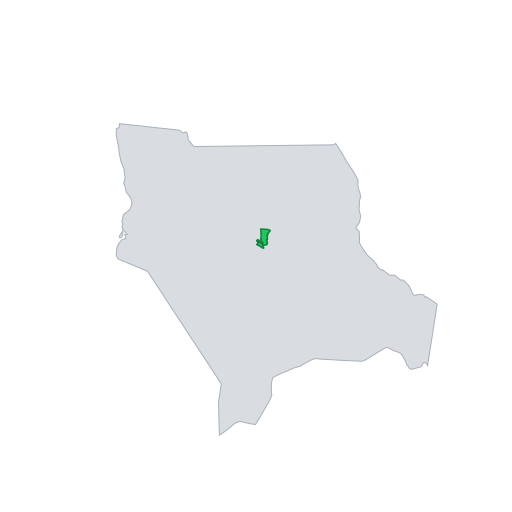 Buuri, Eastern, Kenya (highlighted), rotated 147°
{"feature_id": "3690345B42438423970575", "entity_name": "Buuri", "entity_type": "district", "adm_level": 2, "iso_a3": "KEN", "parent_name": "Kenya", "parent_adm1": "Eastern", "projection": "robinson", "projection_center": [37.421, 0.09], "detail": "fine", "context": "in_parent", "style": "filled", "palette": "green", "viewbox_px": 512, "rotation_deg": 147, "n_neighbors": 0, "source": "geoboundaries", "source_scale": "gbopen_adm2", "svg_char_len": 5543}
<svg xmlns="http://www.w3.org/2000/svg" viewBox="0 0 512 512"><g transform="rotate(147 256 256)"><path d="M127.9,307.0L127.8,300.8L128.5,285.0L128.4,271.2L129.1,264.2L132.1,259.8L133.5,256.6L134.5,252.2L136.1,248.5L139.7,245.6L140.4,243.9L144.2,239.0L146.5,232.6L148.2,230.5L150.3,228.5L151.8,227.4L154.3,226.4L156.3,225.8L156.6,225.3L156.8,224.2L156.2,220.3L157.0,219.0L158.3,216.4L159.9,213.9L161.2,212.4L162.0,210.7L162.4,208.0L162.4,206.0L162.4,202.8L162.0,195.5L160.4,189.4L159.4,182.6L160.1,180.3L158.8,176.3L158.2,176.1L157.2,175.2L155.9,171.4L154.9,168.0L154.3,167.1L150.0,164.1L147.8,157.0L145.4,155.4L144.1,148.4L143.9,146.4L145.2,139.3L145.1,137.7L143.7,136.2L139.6,134.7L136.4,131.8L136.8,130.8L137.0,129.7L135.3,129.0L130.3,117.0L136.8,109.7L143.3,102.4L151.6,93.1L159.3,84.6L165.9,77.2L171.8,70.7L171.7,71.9L171.7,73.6L172.5,74.6L173.7,75.3L175.3,74.6L176.8,73.5L178.3,73.3L187.1,76.1L188.6,78.4L188.5,81.0L188.9,82.9L188.2,84.7L187.5,90.4L187.7,95.6L190.3,99.4L192.7,102.4L194.6,106.6L196.0,107.9L197.9,108.6L204.0,108.8L213.1,109.1L221.7,109.3L222.5,109.4L224.4,110.0L232.4,115.7L239.7,120.9L245.9,125.5L251.9,129.9L257.8,134.2L262.3,137.8L266.8,138.8L274.0,139.4L279.0,139.5L283.7,141.0L290.6,142.4L295.8,143.1L298.9,143.9L307.5,144.8L308.9,144.3L312.8,140.3L317.0,133.9L318.7,130.4L324.2,126.9L333.9,122.0L340.7,118.5L348.3,115.0L351.8,118.1L356.5,122.9L358.7,125.3L360.4,126.3L363.0,127.0L366.1,127.1L367.8,126.9L371.3,126.3L379.5,125.7L384.2,125.8L380.3,132.2L375.6,139.9L366.9,154.0L360.2,161.5L355.2,167.1L354.8,168.1L354.8,174.4L354.8,189.7L355.0,220.4L355.1,251.1L355.2,281.7L355.3,297.1L355.3,302.2L359.7,308.7L364.0,315.0L369.7,323.3L372.7,327.8L373.2,329.3L373.1,332.3L368.4,338.5L364.5,341.3L359.4,342.7L357.8,342.4L355.8,341.5L355.0,343.0L354.4,345.4L353.2,344.9L352.4,344.2L352.9,348.3L353.4,350.4L352.6,353.2L350.1,355.6L349.9,357.6L344.5,363.0L336.8,363.6L332.7,366.2L330.9,368.4L329.5,373.2L330.0,380.4L327.9,386.0L327.5,388.9L323.5,392.5L321.7,395.8L320.4,399.2L319.3,400.7L317.9,408.3L316.1,413.0L315.6,414.5L315.1,415.9L313.7,418.6L312.8,420.5L312.1,421.7L307.4,433.5L303.7,438.9L300.9,438.3L298.9,440.4L298.7,441.3L297.7,440.8L295.3,438.8L290.4,434.8L285.5,430.8L280.5,426.8L275.6,422.7L270.7,418.7L265.8,414.7L260.8,410.7L255.9,406.6L253.0,404.3L251.7,402.9L250.7,400.1L250.2,399.4L248.9,398.5L247.4,398.4L246.9,397.8L247.0,396.5L247.5,394.6L249.3,390.9L249.5,388.7L249.1,386.2L248.6,382.3L248.1,381.4L244.8,379.3L238.0,375.0L231.1,370.7L224.3,366.3L217.4,362.0L210.6,357.7L203.7,353.3L196.9,349.0L190.0,344.7L183.2,340.3L176.3,336.0L169.5,331.7L162.6,327.4L155.8,323.0L148.9,318.7L142.1,314.4L135.2,310.0L132.6,308.4L130.3,307.0L127.9,307.0ZM355.7,349.1L354.5,349.4L355.2,347.3L358.7,344.7L360.1,345.3L360.4,345.9L360.3,346.4L359.7,347.0L355.7,349.1Z" fill="#d9dde1" stroke="#a8b0b8" stroke-width="1"/><path d="M245.8,258.6L245.6,258.6L245.2,258.6L245.2,258.8L245.0,259.0L245.0,259.3L245.0,259.5L245.1,259.8L245.0,260.0L244.9,260.1L245.0,260.2L245.0,260.3L244.9,260.5L244.7,260.8L244.6,261.0L243.4,260.6L242.4,260.2L241.6,259.9L241.2,259.7L240.3,259.8L240.3,260.0L240.2,260.2L239.6,260.7L239.4,260.7L239.4,260.8L239.1,261.0L239.0,261.3L239.1,261.5L239.2,261.4L239.2,261.5L239.1,261.8L238.9,261.9L238.9,262.0L238.8,262.3L238.8,262.5L238.7,262.7L238.7,262.8L238.6,263.0L238.6,263.3L238.5,263.5L238.4,263.5L238.2,263.5L238.3,263.6L238.4,263.8L238.2,263.9L238.1,264.0L237.9,263.9L237.7,263.9L237.5,264.0L237.4,264.0L237.2,264.2L237.2,264.3L236.9,264.5L236.7,264.7L236.6,264.8L236.5,265.0L236.4,265.4L236.4,265.5L236.4,265.8L235.8,266.5L235.5,267.0L235.4,266.8L235.4,266.7L235.1,266.7L234.9,266.8L234.9,267.6L234.7,267.7L234.6,267.8L234.4,267.9L234.2,268.0L233.9,268.1L233.9,268.3L233.8,268.2L233.7,268.3L233.4,268.5L232.9,268.5L232.3,268.7L232.2,268.8L232.0,269.0L231.9,269.0L231.6,269.1L231.4,269.1L231.1,269.2L230.9,269.2L230.5,269.5L230.4,269.5L230.2,269.7L230.2,269.8L230.3,269.8L230.4,270.0L230.5,270.0L230.7,270.3L230.8,270.4L230.8,270.5L230.9,270.8L231.0,270.9L231.0,271.0L231.3,271.2L231.3,271.3L231.5,271.4L231.5,271.5L231.6,271.8L231.8,271.9L233.7,273.4L237.3,276.0L242.2,267.8L242.4,268.1L242.6,268.1L242.7,267.5L243.1,267.3L243.1,267.2L243.3,267.0L243.3,266.9L243.3,266.7L243.3,266.8L243.3,266.7L243.2,266.7L243.3,266.6L243.3,266.4L243.2,266.4L243.2,266.2L243.2,265.9L243.2,265.7L243.2,265.4L243.2,265.2L243.3,265.2L243.4,264.9L243.5,264.7L243.4,264.6L243.3,264.4L243.3,264.2L243.2,264.0L243.2,263.8L243.2,263.7L243.1,263.4L243.2,263.2L243.2,262.9L243.3,262.7L243.6,262.4L243.8,262.3L243.9,262.2L244.0,262.0L244.2,262.5L244.3,262.6L244.4,262.8L244.5,262.8L244.5,263.0L244.5,263.3L244.5,263.5L244.5,263.8L244.5,264.0L244.7,264.3L244.7,264.5L244.8,264.7L244.7,264.8L244.7,265.0L244.9,264.9L245.0,265.1L245.2,265.5L245.3,265.7L245.0,266.7L245.0,266.8L245.0,267.1L245.1,267.3L245.3,267.5L245.2,267.8L245.3,267.9L245.6,268.1L245.8,268.3L245.7,268.4L245.8,268.6L245.9,268.8L246.0,268.8L246.3,268.7L246.5,268.6L246.9,268.6L247.0,268.5L246.9,268.3L246.8,268.2L246.7,268.2L247.0,268.0L247.0,267.9L247.0,267.7L246.9,267.7L246.8,267.3L246.9,267.2L247.0,267.2L246.9,266.9L246.9,266.7L247.0,266.5L246.9,266.4L246.8,266.2L246.7,266.0L246.5,266.3L246.4,266.4L246.2,265.8L246.2,265.7L246.6,265.7L247.2,265.8L247.3,265.7L247.7,265.7L247.9,265.7L248.0,265.5L248.1,265.4L248.3,265.3L248.5,265.2L248.8,265.2L249.1,265.1L249.0,264.9L248.9,264.7L248.7,264.4L248.5,264.0L248.4,263.9L248.2,263.9L248.1,263.6L247.5,262.2L247.4,262.0L247.3,261.6L245.8,258.6Z" fill="#22c55e" stroke="#15803d" stroke-width="1.5"/></g></svg>